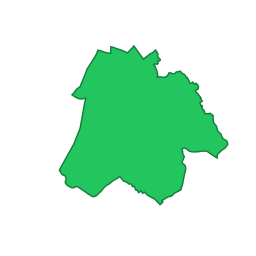 outline of Tha Chang, Sing Buri, Thailand, rotated 329°
{"feature_id": "78962969B22910342197122", "entity_name": "Tha Chang", "entity_type": "district", "adm_level": 2, "iso_a3": "THA", "parent_name": "Thailand", "parent_adm1": "Sing Buri", "projection": "albers", "projection_center": [100.401, 14.78], "detail": "fine", "context": "isolated", "style": "filled", "palette": "green", "viewbox_px": 256, "rotation_deg": 329, "n_neighbors": 0, "source": "geoboundaries", "source_scale": "gbopen_adm2", "svg_char_len": 5734}
<svg xmlns="http://www.w3.org/2000/svg" viewBox="0 0 256 256"><g transform="rotate(329 128 128)"><path d="M47.4,128.9L47.6,129.3L47.6,129.9L47.4,131.1L47.4,131.7L47.5,133.7L47.6,134.1L47.9,134.5L48.2,134.9L48.9,135.7L49.2,136.2L49.3,136.6L49.4,137.3L49.2,138.5L49.1,139.0L48.7,139.9L47.8,140.8L47.3,141.1L46.8,141.6L46.5,141.9L46.3,142.4L46.1,142.9L46.1,143.6L46.1,144.4L46.2,145.0L46.8,146.6L48.9,150.1L49.6,150.8L50.0,150.9L52.8,151.5L53.8,151.7L54.2,151.9L54.4,152.1L54.7,152.4L55.0,153.1L56.5,156.5L57.9,159.4L59.7,163.5L61.1,166.4L62.2,168.3L62.6,168.8L63.1,169.2L63.9,169.4L66.0,169.7L66.8,169.6L69.3,168.9L71.8,168.5L73.3,168.1L74.6,167.5L76.5,166.8L79.1,166.2L80.3,166.1L81.4,166.1L81.8,166.2L82.0,166.3L83.8,166.1L85.2,166.0L85.6,165.7L85.8,165.7L88.8,165.4L89.1,165.4L89.8,165.5L90.3,165.5L91.1,165.5L92.3,165.6L93.6,165.5L94.7,165.5L95.9,165.4L96.8,170.5L96.9,171.2L97.1,171.5L98.4,172.8L99.4,174.8L99.8,176.2L100.1,176.6L100.7,176.9L101.3,177.1L101.9,177.5L102.0,178.6L101.6,180.4L101.6,180.5L103.2,181.0L103.3,181.0L103.3,181.5L102.8,184.0L102.8,185.5L103.6,185.6L103.7,186.5L103.9,187.5L103.9,188.7L104.0,189.0L106.8,188.5L106.9,191.5L109.1,191.5L109.9,194.8L110.2,195.8L112.3,199.3L113.2,201.1L113.5,201.0L114.1,202.5L114.4,203.3L115.1,206.3L115.5,207.7L116.0,210.2L117.7,210.0L117.8,209.8L118.0,209.7L119.5,209.7L119.6,208.2L120.2,208.2L120.3,207.5L120.8,207.5L121.8,207.6L123.1,207.7L124.3,207.7L125.1,207.6L126.4,207.7L127.7,207.8L127.8,208.0L129.1,208.0L129.2,208.5L129.3,208.5L130.7,208.6L131.4,208.6L133.3,208.0L134.2,207.9L135.6,207.8L136.5,207.9L139.2,208.2L139.3,208.1L139.3,207.9L141.4,208.2L141.6,208.1L141.8,207.7L142.3,207.6L142.6,207.4L142.8,207.2L142.8,206.4L143.1,205.9L143.7,205.9L144.1,205.7L144.5,205.7L149.8,199.8L152.6,196.8L155.9,193.4L156.5,192.5L156.9,191.9L157.2,191.2L157.4,190.6L157.5,190.1L157.5,189.6L157.4,188.7L157.0,187.3L156.5,186.1L156.5,185.8L156.5,185.4L156.7,185.2L160.1,182.6L161.3,181.8L161.4,181.6L161.5,181.4L161.5,181.2L161.6,179.2L161.7,177.8L161.7,177.6L161.8,177.4L162.3,177.1L162.5,176.7L162.7,176.2L163.0,175.2L163.4,173.8L164.7,173.9L165.4,174.1L166.0,174.3L166.5,174.6L166.8,174.9L167.2,175.5L167.7,177.2L168.2,178.5L168.5,179.1L168.7,179.6L169.1,180.1L169.7,180.6L170.3,181.1L171.2,181.8L172.8,182.8L174.6,183.8L175.8,184.4L177.4,185.0L179.0,185.7L181.1,186.9L182.4,187.6L183.4,188.2L183.8,188.8L186.5,194.7L188.9,199.6L189.7,198.5L189.8,198.3L190.4,197.4L190.8,197.1L191.1,196.8L191.4,196.6L191.9,196.5L194.2,196.0L196.6,195.4L197.3,195.2L197.9,195.2L199.5,195.3L200.1,195.3L200.7,195.1L202.5,194.4L204.4,193.8L204.8,193.7L205.0,193.4L205.3,193.0L205.5,192.5L205.7,191.9L205.9,191.0L205.9,190.1L205.8,189.6L205.7,189.1L205.4,188.6L204.6,187.5L204.3,186.9L204.1,186.5L204.0,186.0L203.9,185.1L204.0,183.8L204.4,182.0L204.5,181.1L204.3,180.2L203.5,177.2L203.5,176.8L203.5,175.9L203.7,175.3L204.2,174.1L204.6,172.4L204.7,171.8L204.6,170.6L204.4,169.8L204.3,169.2L204.1,168.4L204.3,167.5L204.5,166.9L204.8,166.0L206.2,162.9L206.6,162.2L207.4,161.4L206.1,157.8L205.4,157.5L204.9,157.4L204.2,157.1L201.7,155.9L201.6,154.8L201.7,154.5L202.0,153.6L201.9,153.6L201.6,153.5L202.1,151.6L201.7,151.6L201.7,149.3L201.7,148.6L201.7,148.4L201.8,148.3L202.7,147.9L202.8,147.8L202.9,147.6L203.0,146.8L201.9,146.3L202.1,145.9L202.4,145.0L202.4,144.4L202.4,143.7L202.5,143.5L202.6,143.4L202.8,143.3L203.4,143.2L203.7,143.2L204.3,143.3L205.4,143.3L205.5,143.3L205.5,143.2L205.4,139.9L205.5,139.9L206.0,139.9L206.0,139.2L205.5,135.6L205.1,133.0L204.7,131.8L204.6,131.4L205.1,130.8L205.5,130.7L206.4,130.4L206.6,130.4L207.6,130.8L207.9,130.8L208.0,130.8L208.3,130.6L208.8,129.9L209.6,129.0L209.7,128.9L209.8,128.6L209.8,127.3L209.9,126.6L209.8,126.0L209.6,125.3L209.6,125.0L208.9,124.7L207.3,124.3L207.1,122.1L207.0,121.9L206.8,121.9L206.4,122.3L206.1,122.4L205.9,122.4L204.8,122.2L204.5,122.0L204.4,121.5L204.4,120.2L204.7,116.3L204.8,115.2L204.0,115.0L204.1,113.4L204.1,111.7L204.0,111.4L203.1,110.0L202.7,109.1L202.4,107.9L202.1,106.2L201.4,105.9L200.2,105.7L199.8,105.6L199.3,105.4L198.7,105.0L198.4,104.8L198.0,104.8L196.9,105.3L196.3,105.4L195.8,105.3L195.4,105.2L195.0,105.0L194.6,104.7L193.7,103.7L192.4,102.3L192.1,102.0L191.7,101.9L191.4,101.9L191.2,102.0L190.2,102.8L189.8,103.0L189.0,103.3L188.6,103.5L188.0,103.6L187.4,103.6L185.9,103.4L185.3,103.3L184.1,102.8L183.9,102.6L183.4,101.8L182.9,101.4L182.2,100.9L180.1,99.8L179.8,99.7L179.2,99.7L179.2,99.3L180.4,98.4L180.7,98.0L181.3,96.5L182.1,94.2L182.3,93.4L182.5,91.3L182.8,89.8L183.0,88.8L183.0,88.5L182.9,88.2L182.4,87.6L182.3,87.4L182.3,87.2L182.6,86.9L183.2,86.8L183.6,86.7L183.8,86.8L184.6,87.3L185.3,87.7L185.7,88.3L185.8,88.4L186.0,88.4L186.9,88.2L187.3,87.8L187.4,87.5L187.5,87.2L187.7,86.2L187.9,86.0L188.3,85.9L188.6,86.0L189.3,86.6L189.6,86.7L190.0,86.6L190.6,86.4L190.8,86.3L190.9,86.1L191.0,85.9L190.9,85.5L190.3,83.8L190.4,81.8L190.5,81.4L190.7,81.1L191.6,80.3L191.7,80.2L191.7,79.4L191.7,78.8L191.7,78.4L191.7,78.2L192.1,77.4L192.1,77.2L192.0,76.9L191.3,75.8L191.2,75.6L191.3,75.5L190.5,75.5L188.7,76.1L188.1,76.1L187.2,76.1L185.6,75.9L184.8,75.9L184.2,76.0L179.8,76.5L177.9,76.8L176.6,76.9L176.2,71.7L176.0,70.1L175.8,66.9L175.3,60.7L172.4,61.7L166.3,63.3L162.7,58.2L159.7,54.8L157.4,51.9L156.4,50.8L155.1,49.6L153.7,51.9L153.0,53.0L151.5,55.0L148.7,52.8L147.6,51.7L146.5,50.3L145.6,49.4L144.6,48.1L143.3,46.6L142.3,45.8L139.1,48.3L135.4,50.4L123.2,56.5L117.5,61.1L108.0,68.0L106.6,68.1L105.2,68.1L103.4,68.4L102.8,68.7L100.1,69.9L97.1,70.7L97.8,72.3L99.0,74.7L100.4,76.8L101.0,77.5L102.0,78.4L102.9,79.1L103.6,79.4L105.2,79.9L107.1,80.7L105.7,82.3L104.4,83.7L103.7,84.2L103.4,84.6L103.0,85.0L99.0,89.7L86.7,103.7L73.2,113.9L51.3,126.5L47.4,128.9Z" fill="#22c55e" stroke="#15803d" stroke-width="1.5"/></g></svg>